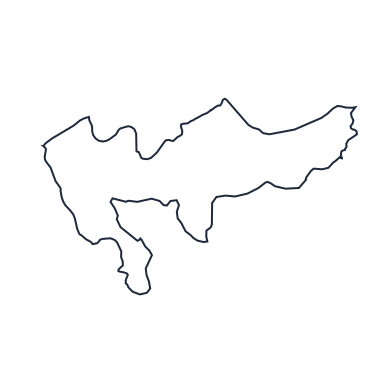 map outline of Ardebil (Mercator projection), rotated 279°
{"feature_id": "IRN-3230", "entity_name": "Ardebil", "entity_type": "Province", "adm_level": 1, "iso_a3": "IRN", "parent_name": "Iran", "parent_adm1": "", "projection": "mercator", "projection_center": [47.857, 38.431], "detail": "fine", "context": "isolated", "style": "outline", "palette": "slate", "viewbox_px": 384, "rotation_deg": 279, "n_neighbors": 0, "source": "natural_earth", "source_scale": "10m", "svg_char_len": 2836}
<svg xmlns="http://www.w3.org/2000/svg" viewBox="0 0 384 384"><g transform="rotate(279 192 192)"><path d="M214.0,38.2L214.0,38.3L215.3,38.6L217.2,39.8L222.9,45.3L238.8,64.4L245.3,70.4L247.9,74.0L250.0,78.4L249.0,78.7L246.6,79.5L241.6,82.9L235.7,84.1L232.5,85.7L229.8,88.4L228.1,91.8L227.9,96.0L229.1,99.3L231.4,102.5L236.8,107.8L242.2,110.0L243.6,111.4L246.5,117.5L247.0,119.0L246.9,120.7L246.5,122.4L245.7,124.0L244.9,125.3L241.0,127.7L223.6,130.8L223.2,131.6L223.3,132.5L223.0,133.3L218.0,136.4L217.2,137.8L217.4,142.7L219.3,146.2L225.4,151.1L237.9,157.3L239.1,158.3L239.3,159.3L239.8,161.1L239.4,163.4L239.5,165.5L244.1,169.2L245.6,171.3L247.3,173.0L250.2,173.0L255.0,170.8L257.2,170.8L258.3,173.4L259.0,176.6L260.2,178.2L261.7,179.6L263.2,182.1L264.8,183.8L266.2,185.8L268.6,188.8L269.8,190.3L272.4,194.6L275.4,197.6L275.9,197.6L276.4,198.9L279.4,201.6L281.4,204.1L281.9,206.4L284.2,207.3L287.8,208.1L289.2,209.7L288.4,211.8L267.1,237.2L265.1,241.9L264.3,248.2L261.3,252.9L261.1,259.4L269.7,283.5L285.4,308.2L290.6,313.6L296.6,318.3L299.8,322.4L299.9,325.8L299.5,330.9L300.3,337.2L301.3,340.1L294.9,336.7L291.6,337.7L287.9,340.2L284.5,339.8L281.8,338.3L280.0,339.0L278.9,341.0L278.9,343.0L277.6,345.1L274.7,345.8L267.6,338.2L263.7,336.8L261.0,337.6L259.7,337.1L258.4,336.4L257.5,336.5L256.2,333.8L254.8,333.1L251.6,333.3L250.2,333.7L249.4,334.8L248.7,334.8L249.1,333.0L249.4,332.4L245.1,328.9L243.1,326.8L237.3,323.0L234.8,317.1L234.1,308.5L231.6,306.3L224.6,302.7L222.5,302.3L221.9,302.7L212.7,296.9L209.9,283.9L210.7,273.0L212.9,268.5L213.8,265.2L212.8,263.0L206.5,257.2L199.1,247.0L194.3,235.2L193.7,225.7L190.9,216.9L184.3,213.6L163.1,216.7L160.4,216.2L159.1,215.2L156.1,212.3L150.1,213.1L145.5,214.9L144.4,211.1L144.9,204.9L146.8,200.6L149.2,197.4L152.2,191.8L159.7,186.3L163.7,182.0L170.1,180.1L176.9,181.2L181.5,178.1L179.7,172.1L174.7,169.3L174.6,166.0L178.1,161.3L179.1,153.2L173.7,139.5L173.4,130.4L172.0,128.3L173.3,114.5L169.5,113.1L163.5,118.5L157.1,122.4L153.3,122.0L146.2,126.8L135.3,145.7L136.6,147.7L138.0,148.2L136.9,149.7L131.0,154.2L127.4,159.1L123.4,162.3L109.3,158.3L103.1,160.0L96.7,163.5L90.2,165.8L85.4,163.2L82.7,156.6L84.2,149.0L88.0,144.0L90.5,142.5L91.5,140.8L95.0,140.4L100.0,141.6L101.3,140.5L102.0,137.1L102.0,133.6L102.3,131.7L104.2,131.6L108.6,135.2L112.7,134.4L116.5,132.2L122.4,131.4L130.6,125.8L132.5,123.1L133.1,120.9L133.5,118.5L131.7,111.1L130.4,108.6L127.5,107.2L126.2,105.7L126.0,104.5L125.7,104.2L125.0,101.8L125.6,101.5L126.6,100.3L127.1,99.4L128.7,94.8L132.1,89.3L132.4,88.1L133.3,87.0L137.8,84.3L147.2,80.6L148.3,80.0L151.2,78.3L154.3,75.1L159.0,69.1L162.1,66.5L166.0,64.3L172.6,62.0L174.7,61.8L176.0,60.9L181.0,55.9L182.6,54.9L194.0,48.5L198.0,44.3L199.5,42.8L201.3,41.6L203.6,41.0L210.8,41.1L211.9,40.8L212.9,39.9L214.0,38.2Z" fill="none" stroke="#1e293b" stroke-width="2"/></g></svg>